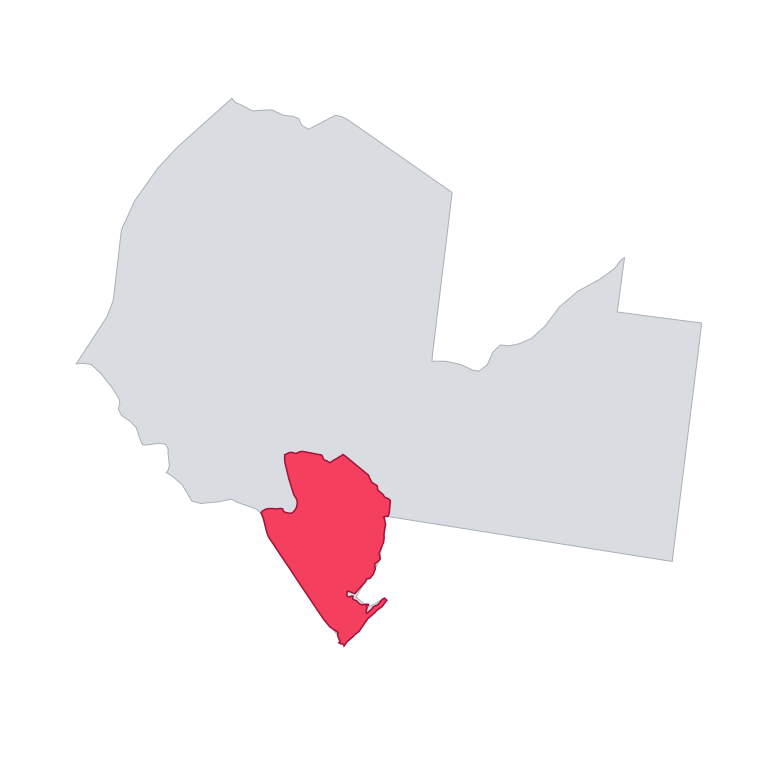 location of Izabal within Guatemala, rotated 97°
{"feature_id": "GTM-1959", "entity_name": "Izabal", "entity_type": "Department", "adm_level": 1, "iso_a3": "GTM", "parent_name": "Guatemala", "parent_adm1": "", "projection": "robinson", "projection_center": [-89.06, 15.52], "detail": "fine", "context": "in_parent", "style": "filled", "palette": "rose", "viewbox_px": 768, "rotation_deg": 97, "n_neighbors": 0, "source": "natural_earth", "source_scale": "10m", "svg_char_len": 4018}
<svg xmlns="http://www.w3.org/2000/svg" viewBox="0 0 768 768"><g transform="rotate(97 384 384)"><path d="M119.0,569.8L122.5,566.0L125.4,557.0L129.0,547.8L126.9,537.2L125.6,528.6L129.7,516.1L129.3,506.7L131.2,500.9L137.2,497.2L140.4,490.0L123.4,465.3L123.5,459.7L125.8,452.8L139.7,426.4L156.3,395.1L174.6,360.5L185.6,339.7L225.5,339.6L251.9,339.6L285.4,339.6L321.8,339.5L345.7,339.5L355.6,339.3L353.9,325.8L355.2,310.8L359.6,297.2L359.6,291.2L352.5,283.9L338.7,279.6L331.1,273.2L331.0,265.0L327.7,255.0L321.0,243.4L307.2,231.4L286.2,219.3L268.3,202.9L253.6,182.4L241.2,169.2L231.6,163.6L229.3,160.7L257.5,161.0L284.1,161.2L284.4,131.8L284.6,105.6L284.8,76.1L333.1,76.1L390.7,76.2L450.5,76.2L497.4,76.3L525.0,76.3L523.8,112.9L522.3,155.4L521.2,186.5L519.8,228.1L518.3,270.7L516.3,328.7L515.0,366.2L515.6,367.1L531.3,365.2L554.5,366.9L560.2,366.8L567.4,370.0L572.9,371.0L584.7,379.5L598.6,385.9L607.4,373.0L602.7,365.2L599.3,361.2L599.8,357.8L648.0,391.2L642.3,396.3L630.1,408.2L607.8,428.6L587.9,446.8L568.7,463.3L551.4,478.2L549.4,479.7L527.5,490.3L523.8,495.2L519.1,516.2L516.9,521.4L520.9,533.1L524.9,551.1L523.6,560.5L508.4,572.2L501.5,582.6L498.4,589.4L495.7,587.6L491.0,587.1L480.1,589.7L474.9,590.3L470.5,593.3L470.1,599.8L473.0,610.3L474.0,615.7L470.9,618.2L457.6,624.6L452.3,630.8L447.3,640.5L441.4,644.6L435.3,643.8L431.0,645.3L421.7,652.5L407.8,666.6L400.3,677.1L400.1,684.9L401.5,691.9L350.8,667.1L333.9,662.9L262.7,663.4L232.1,653.6L197.3,634.8L173.8,617.7L119.0,569.8Z" fill="#d9dde1" stroke="#a8b0b8" stroke-width="1"/><path d="M649.0,391.7L647.5,392.3L647.0,393.7L647.2,395.3L646.3,397.3L645.5,396.2L643.2,397.3L641.3,398.4L639.2,399.3L636.4,399.4L635.6,400.5L631.7,408.1L625.5,414.7L616.5,422.6L612.2,426.3L600.7,436.3L589.3,446.1L577.8,455.9L566.5,465.7L549.8,480.0L545.2,482.4L531.8,487.4L527.7,489.7L526.9,490.4L526.5,490.1L525.5,489.6L524.9,489.2L522.4,485.7L522.1,484.9L521.3,480.6L521.1,478.2L521.2,476.8L521.1,475.9L520.1,471.1L520.1,470.1L520.2,469.4L521.9,468.7L522.4,468.3L522.7,468.1L522.9,467.8L523.2,467.1L523.3,466.7L523.5,465.8L523.8,462.0L523.7,461.0L523.6,460.6L523.4,460.1L523.1,459.6L522.5,458.8L522.0,458.4L521.7,458.1L518.6,456.3L517.3,455.9L513.2,455.5L510.2,456.2L508.2,457.3L504.8,460.1L489.4,467.0L473.7,472.9L471.8,473.3L466.4,474.0L464.0,470.3L463.4,468.9L463.2,468.1L463.1,467.5L463.2,466.6L463.6,464.1L463.6,463.4L463.5,462.7L462.7,461.3L461.9,460.0L461.6,459.3L461.0,457.8L460.9,457.3L460.9,455.1L462.1,437.4L462.3,437.1L463.1,436.4L465.6,435.1L465.9,434.9L466.1,434.6L466.3,434.3L466.5,434.0L466.8,433.3L467.2,431.6L467.4,430.8L467.6,430.5L468.7,428.6L468.5,428.0L468.0,427.2L466.3,425.4L465.2,424.0L464.1,422.3L461.2,418.8L460.7,417.9L460.5,417.6L460.2,417.3L460.0,417.0L459.4,416.7L459.0,416.5L460.0,414.0L467.4,402.4L475.7,389.4L476.0,388.7L476.3,388.3L476.7,388.0L478.1,387.5L478.7,387.1L481.0,385.4L482.3,384.7L482.8,384.3L483.3,383.6L484.9,380.4L485.0,380.0L485.7,378.6L486.0,378.3L486.5,378.0L489.1,377.7L490.4,376.6L494.0,371.2L495.6,370.2L496.1,369.6L496.3,369.1L496.5,368.6L496.7,367.6L497.6,365.1L499.1,363.4L511.2,363.1L514.3,363.6L515.0,364.2L515.1,364.3L515.1,366.3L516.2,368.2L516.5,367.8L517.7,367.1L519.3,366.5L520.5,366.4L522.9,365.3L533.0,365.8L536.7,365.1L541.0,365.1L552.6,368.4L557.6,366.3L559.4,367.2L563.9,371.3L568.5,370.1L574.3,371.5L578.8,374.4L579.3,377.6L582.3,378.2L595.6,387.4L594.0,394.2L594.2,395.2L597.8,395.2L599.2,394.6L599.6,393.3L599.5,392.2L599.2,392.0L599.1,391.4L598.7,390.9L598.3,390.2L598.3,389.0L598.9,388.8L600.2,389.0L601.4,388.7L601.9,387.4L602.4,385.0L603.6,383.3L604.8,382.0L605.6,380.7L605.7,378.4L604.7,374.8L604.6,372.5L605.6,372.5L605.5,374.0L605.6,374.5L606.4,374.5L607.9,373.4L611.8,374.2L613.7,373.4L610.6,370.2L608.9,368.8L606.5,367.6L605.5,366.1L604.6,364.4L603.7,363.1L598.0,359.6L596.4,357.3L598.3,354.8L600.3,356.1L604.0,358.0L605.5,359.0L609.4,363.4L612.1,365.2L619.0,371.6L632.6,378.6L637.1,383.1L638.5,383.8L644.3,389.4L648.9,391.6L649.0,391.7Z" fill="#f43f5e" stroke="#9f1239" stroke-width="1.5"/></g></svg>